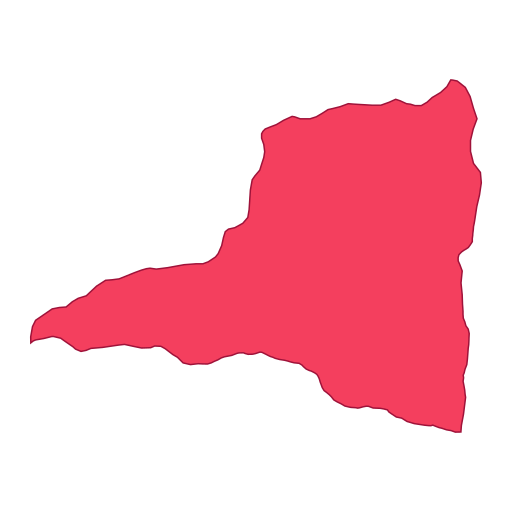 the district of Gasetsho Gom, Wangdi Phodrang, Bhutan
{"feature_id": "84629894B12235536926610", "entity_name": "Gasetsho Gom", "entity_type": "district", "adm_level": 2, "iso_a3": "BTN", "parent_name": "Bhutan", "parent_adm1": "Wangdi Phodrang", "projection": "natural_earth1", "projection_center": [89.875, 27.432], "detail": "fine", "context": "isolated", "style": "filled", "palette": "rose", "viewbox_px": 512, "rotation_deg": 0, "n_neighbors": 0, "source": "geoboundaries", "source_scale": "gbopen_adm2", "svg_char_len": 3026}
<svg xmlns="http://www.w3.org/2000/svg" viewBox="0 0 512 512"><path d="M450.8,79.9L446.9,86.7L440.6,92.5L432.2,97.5L427.1,102.2L421.3,105.6L415.0,105.6L410.5,104.2L406.5,103.7L400.2,100.8L395.7,99.3L389.0,102.3L380.9,105.2L371.9,105.2L354.9,104.2L348.2,103.7L340.1,106.7L332.5,108.6L328.0,109.6L322.1,113.4L316.3,116.8L310.0,118.8L300.2,118.8L294.8,116.9L292.1,116.4L283.6,120.3L276.4,124.6L270.1,127.0L265.2,129.0L262.9,131.4L261.6,133.8L261.6,138.2L263.8,144.5L264.7,151.7L263.8,157.5L261.6,164.3L259.8,170.1L254.9,175.9L252.2,179.8L250.4,189.9L249.1,209.8L247.8,217.5L242.8,223.3L234.8,227.7L228.5,229.1L225.3,231.6L223.5,237.4L221.7,245.6L218.2,253.6L215.5,257.0L211.9,259.4L208.3,261.8L202.9,263.8L196.2,263.8L184.1,264.7L167.5,267.7L156.3,269.1L150.0,268.2L146.4,268.7L141.5,270.1L134.7,272.6L119.0,278.9L111.9,279.8L105.6,280.3L96.6,286.1L90.3,292.0L86.3,295.8L78.2,298.3L72.4,301.7L66.1,307.0L59.4,307.5L52.2,308.9L35.6,320.3L32.5,326.6L30.7,336.8L30.8,342.9L33.3,340.9L35.7,339.9L43.8,338.5L51.8,336.5L53.6,336.5L60.7,338.2L65.3,341.5L73.0,346.8L75.5,349.1L81.0,351.4L86.0,350.4L90.9,348.4L102.6,347.4L118.3,345.1L124.5,344.4L133.7,346.4L141.5,348.0L150.7,347.7L154.7,346.0L160.9,346.3L165.2,348.7L172.9,354.6L177.5,357.3L183.1,362.9L190.5,364.6L194.5,364.1L198.2,363.7L202.5,363.9L207.5,364.0L211.2,362.9L214.4,361.3L217.8,359.9L221.3,357.9L224.4,356.8L231.7,355.4L237.1,353.3L239.0,352.9L243.4,352.8L245.1,353.5L248.1,354.3L252.6,354.2L255.4,353.6L259.9,352.1L261.9,352.3L266.0,354.3L268.3,355.5L270.4,356.5L273.0,357.3L275.1,358.3L279.7,359.5L284.3,360.2L287.6,361.0L290.5,361.9L294.1,362.8L299.1,363.3L301.9,365.0L303.4,366.6L306.1,369.0L309.3,370.5L311.3,371.1L314.6,372.8L316.8,374.3L317.9,375.9L319.2,378.6L320.2,382.0L322.3,387.7L324.1,390.6L326.5,392.4L329.3,394.7L331.4,396.8L333.8,399.9L337.0,401.8L341.3,403.9L344.8,406.0L348.9,407.0L350.9,407.4L355.7,407.7L357.7,408.1L359.6,407.8L363.1,406.8L366.3,406.2L368.5,406.3L373.1,408.0L380.2,408.3L383.7,408.9L387.5,409.9L388.7,411.8L390.9,413.4L396.3,417.0L401.6,418.1L407.1,421.5L409.6,422.2L414.2,423.6L424.6,425.2L428.5,425.6L430.9,425.7L432.8,425.1L434.9,426.0L439.1,427.6L441.7,428.2L446.5,429.8L451.1,430.6L455.3,432.1L460.9,432.0L461.4,425.4L463.5,414.1L465.6,397.3L465.1,394.3L464.7,390.0L464.0,386.0L463.1,381.3L463.6,377.8L463.2,375.2L464.2,372.8L465.0,369.3L466.8,364.6L467.4,359.2L467.9,352.6L468.2,348.3L468.7,344.8L468.9,340.9L469.0,337.6L469.2,333.5L468.2,329.1L465.9,325.8L464.8,321.8L463.3,318.2L463.0,314.3L463.0,311.5L462.7,306.8L462.5,304.1L462.2,294.9L461.0,282.9L462.2,271.0L459.9,264.8L459.1,263.0L458.2,261.0L458.1,257.8L458.9,254.7L460.2,253.3L461.6,251.9L464.0,250.2L466.1,249.0L468.3,247.5L470.3,244.8L472.3,241.7L472.3,238.5L472.7,235.6L472.8,233.6L473.3,229.6L473.5,226.6L474.2,223.3L474.7,220.4L476.8,206.5L479.5,195.0L481.3,182.8L480.4,172.4L473.5,163.4L470.5,151.4L470.5,140.4L473.2,129.1L477.0,118.8L473.4,108.1L470.1,96.5L465.3,87.4L457.2,81.0L452.8,80.1L450.8,79.9Z" fill="#f43f5e" stroke="#9f1239" stroke-width="1.5"/></svg>